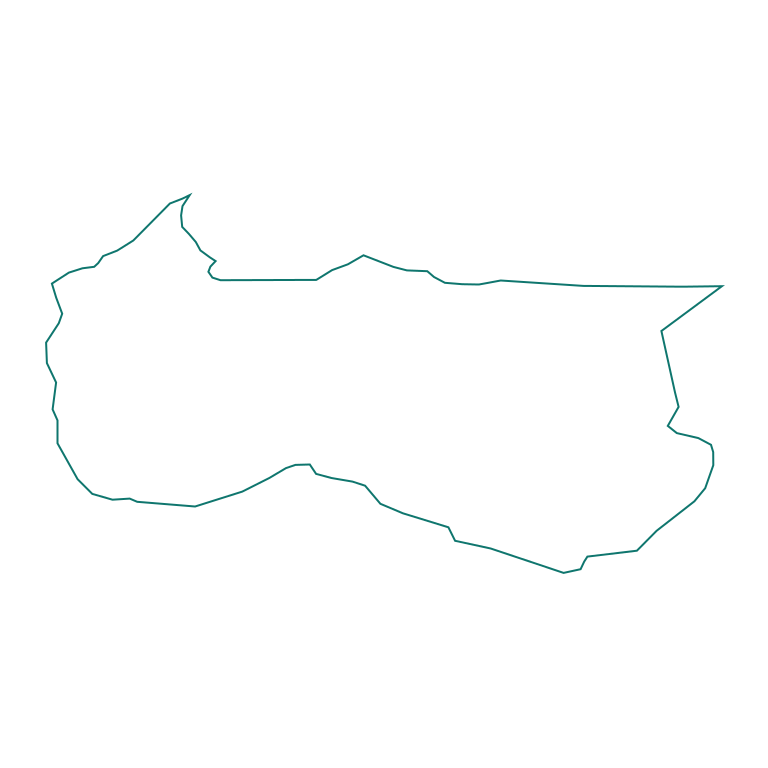 Sibut, Kémo, Central African Republic
{"feature_id": "33826404B70800381391301", "entity_name": "Sibut", "entity_type": "district", "adm_level": 2, "iso_a3": "CAF", "parent_name": "Central African Republic", "parent_adm1": "Kémo", "projection": "orthographic", "projection_center": [19.084, 5.828], "detail": "fine", "context": "isolated", "style": "outline", "palette": "teal", "viewbox_px": 768, "rotation_deg": 0, "n_neighbors": 0, "source": "geoboundaries", "source_scale": "gbopen_adm2", "svg_char_len": 1143}
<svg xmlns="http://www.w3.org/2000/svg" viewBox="0 0 768 768"><path d="M721.9,286.2L682.6,286.7L583.3,285.9L500.7,280.5L486.7,283.1L478.9,284.5L462.2,284.2L444.9,282.8L434.0,277.0L427.3,271.2L406.9,270.4L393.4,266.9L363.5,255.3L347.9,264.3L332.1,270.1L316.3,279.9L220.5,280.2L212.4,277.6L208.4,271.8L210.4,266.6L215.6,261.1L209.8,257.3L200.4,250.4L195.8,242.0L188.9,233.9L182.2,226.9L181.1,215.4L182.5,206.1L189.7,195.1L182.5,198.6L169.9,203.5L133.3,240.5L117.2,250.6L103.1,256.1L98.2,263.1L94.2,266.8L82.4,268.3L68.9,272.6L51.9,283.6L56.2,297.7L62.2,313.7L58.8,323.2L46.1,342.6L46.9,363.1L56.1,382.5L52.6,409.4L57.5,420.4L57.5,443.3L77.6,479.2L92.3,493.9L112.5,499.7L129.7,498.6L137.2,501.8L195.1,506.5L242.3,491.6L269.3,478.0L286.0,468.1L295.4,464.9L309.8,464.5L316.1,473.9L331.4,478.0L352.5,481.6L365.1,485.7L380.4,503.8L402.9,513.3L448.4,527.3L455.1,540.8L490.7,548.5L563.6,572.9L580.6,569.2L584.2,561.6L587.4,556.6L636.9,550.7L656.6,530.8L694.4,501.3L705.2,488.2L713.3,465.2L713.2,452.1L711.0,444.8L698.4,438.1L676.8,433.1L667.8,425.9L678.6,406.9L675.0,392.4L661.4,331.0L721.9,286.2Z" fill="none" stroke="#0f766e" stroke-width="2"/></svg>